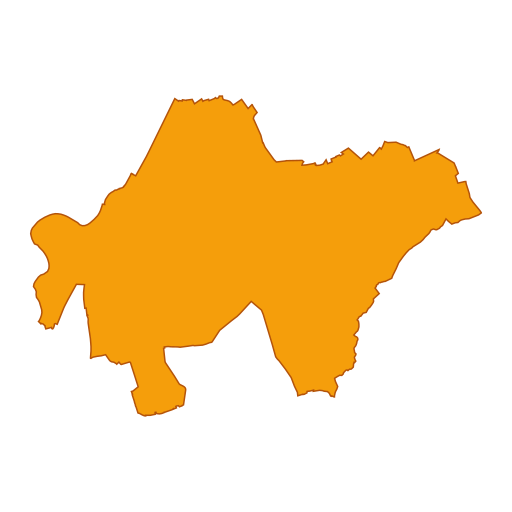 Echt-Susteren, Limburg, Netherlands
{"feature_id": "6326949B70373820713642", "entity_name": "Echt-Susteren", "entity_type": "district", "adm_level": 2, "iso_a3": "NLD", "parent_name": "Netherlands", "parent_adm1": "Limburg", "projection": "albers", "projection_center": [5.901, 51.082], "detail": "fine", "context": "isolated", "style": "filled", "palette": "amber", "viewbox_px": 512, "rotation_deg": 0, "n_neighbors": 0, "source": "geoboundaries", "source_scale": "gbopen_adm2", "svg_char_len": 5963}
<svg xmlns="http://www.w3.org/2000/svg" viewBox="0 0 512 512"><path d="M102.4,204.2L102.1,205.6L100.4,210.7L99.2,213.2L97.7,215.6L94.0,219.5L90.0,223.0L87.6,224.6L84.9,225.6L82.2,225.7L79.7,224.7L77.7,222.7L68.4,217.2L66.0,216.0L63.4,215.0L60.9,214.2L58.1,213.8L55.3,213.7L52.5,214.2L49.8,215.0L44.7,217.3L40.0,220.1L37.5,222.1L32.4,228.1L31.3,230.4L30.7,233.7L31.2,236.0L32.0,238.9L33.2,241.5L34.5,243.9L37.7,245.1L39.2,247.2L43.1,251.2L44.6,253.3L46.1,255.7L47.3,258.1L48.2,260.7L48.9,263.4L49.1,265.9L48.9,268.4L47.6,271.4L43.8,274.1L40.7,275.1L38.4,277.1L35.2,281.5L34.0,283.8L33.5,286.6L35.4,289.3L36.3,291.7L36.1,294.6L36.5,297.4L38.1,299.6L39.4,301.9L41.7,309.8L41.9,312.6L41.4,315.4L40.4,318.2L39.2,320.7L38.5,321.5L40.9,323.9L41.1,323.6L40.9,323.3L43.1,324.0L45.2,326.0L45.0,326.5L45.8,328.9L51.4,327.4L51.8,328.6L52.7,328.9L53.5,327.8L54.2,325.9L54.4,324.1L54.7,323.8L55.5,323.6L57.2,324.3L63.8,307.8L65.0,305.3L68.0,299.5L76.4,284.3L84.5,284.6L84.0,288.3L83.6,292.3L83.6,295.0L83.7,299.1L84.8,308.3L86.1,308.1L86.9,314.8L87.6,314.8L87.7,315.2L87.2,315.2L87.3,315.5L87.0,315.6L88.0,318.0L88.2,319.1L88.1,321.8L88.2,323.4L90.4,338.6L90.8,343.6L91.0,346.6L91.0,351.1L90.5,357.6L90.6,358.9L90.8,358.4L92.7,357.3L93.3,357.1L97.2,356.3L101.2,355.8L105.6,354.7L109.2,359.9L110.3,361.1L111.6,361.8L113.9,362.2L116.3,363.7L116.8,364.2L117.5,363.3L118.0,363.1L118.9,362.1L120.7,364.2L121.2,364.5L129.2,362.1L129.9,362.1L130.3,362.4L130.5,362.7L133.1,370.8L138.2,386.8L133.0,391.0L131.4,391.5L131.8,392.5L132.4,393.8L132.1,393.8L132.4,395.4L134.3,401.2L134.6,402.7L135.3,404.6L135.5,405.9L136.1,407.1L138.0,413.0L139.7,413.5L142.0,414.8L144.3,415.8L145.6,415.9L145.5,415.3L150.3,415.3L155.2,414.3L155.1,412.4L155.5,412.3L156.0,412.3L156.3,413.4L156.6,413.6L159.4,413.9L161.7,413.5L164.1,412.6L164.2,412.2L164.9,412.2L172.1,409.7L173.5,409.1L173.2,408.8L173.4,408.6L173.7,409.0L176.4,407.9L175.8,406.4L176.6,406.0L178.5,405.7L179.4,406.8L182.1,405.8L182.1,405.5L182.3,405.4L182.5,405.3L183.5,404.9L185.7,389.9L185.6,389.1L185.5,388.5L185.0,387.6L184.3,386.9L183.1,386.1L179.7,384.4L179.1,383.8L174.5,376.3L165.4,362.6L165.0,361.4L163.6,348.3L164.7,347.9L164.4,346.9L168.0,346.5L171.2,346.8L177.5,346.9L180.2,347.2L187.9,346.2L193.0,345.4L194.5,345.7L202.6,345.1L206.0,344.1L209.5,342.7L211.6,342.3L212.1,341.9L219.7,330.3L231.6,320.6L237.1,316.4L239.7,313.9L251.2,301.4L261.5,310.1L263.3,314.6L272.2,344.3L275.7,356.8L277.3,359.0L279.0,360.7L285.4,369.1L291.2,377.6L294.5,386.3L297.4,392.3L297.8,395.8L302.8,394.2L302.9,394.5L304.2,394.3L306.9,392.9L307.1,391.4L309.8,391.1L313.5,390.1L313.3,391.3L319.6,390.3L322.4,390.6L324.1,391.2L327.5,391.6L329.4,393.4L330.6,396.0L331.6,396.3L331.8,395.9L334.2,397.0L334.5,396.9L334.4,396.1L335.1,392.8L335.7,391.2L336.7,389.4L337.7,386.5L335.4,381.4L334.6,378.3L336.9,376.8L339.6,375.3L341.8,375.4L343.3,373.9L343.5,372.8L345.8,370.3L347.0,369.9L347.9,370.6L349.5,369.2L350.8,369.2L351.5,368.9L353.3,367.1L353.6,363.7L354.1,362.3L354.6,362.6L355.8,361.1L355.1,359.9L354.4,357.7L354.6,356.6L355.5,355.6L356.0,354.0L354.8,352.7L354.5,352.1L354.5,351.4L354.0,349.0L354.0,348.3L354.4,347.4L355.5,346.1L356.2,344.7L356.7,343.1L357.0,341.3L357.7,340.0L357.9,339.1L357.5,337.8L356.6,336.9L355.4,336.4L353.8,335.0L356.4,331.9L357.5,331.0L358.0,330.0L358.7,327.7L358.9,326.8L358.9,324.1L358.7,322.6L358.4,321.1L357.3,320.2L357.2,319.7L357.8,319.0L359.1,316.9L360.5,316.1L360.8,316.2L363.2,313.1L366.2,312.4L368.4,308.3L368.7,308.0L369.5,307.7L371.5,305.1L373.1,302.6L373.6,301.3L373.4,298.9L379.2,293.6L375.1,288.1L375.4,287.9L375.8,286.9L376.0,286.8L376.3,286.4L376.3,285.5L376.5,285.2L376.9,284.7L377.7,284.5L378.5,283.0L379.2,282.6L380.2,282.7L381.6,282.1L382.5,282.0L383.9,281.5L385.2,281.4L391.7,278.3L392.7,275.6L396.2,268.6L398.7,262.7L403.4,256.2L406.1,252.9L409.1,249.7L411.8,248.0L412.9,246.8L420.4,242.1L423.1,239.6L425.0,237.2L428.7,233.7L429.7,232.4L431.0,230.0L432.3,229.4L433.6,229.0L435.6,229.7L436.8,229.7L439.5,228.2L440.6,226.8L442.5,225.5L446.0,218.9L448.4,221.3L451.8,224.1L455.2,222.8L457.9,222.5L459.9,220.7L461.5,219.9L465.1,219.0L469.0,218.7L478.6,214.9L481.2,213.0L481.3,212.9L481.2,212.5L479.9,210.6L472.8,201.9L470.0,197.6L469.8,196.7L469.3,193.6L466.2,183.9L465.8,181.5L464.5,181.6L457.9,183.1L455.4,175.8L458.3,173.4L456.0,167.5L455.9,167.0L455.7,166.9L454.1,163.0L437.6,152.9L437.0,152.9L438.6,150.7L439.0,149.9L439.1,149.5L414.5,160.8L414.5,160.5L408.8,146.9L407.4,147.5L405.4,145.6L405.2,145.7L402.8,144.6L401.0,144.3L396.1,142.2L387.8,142.6L384.7,141.5L383.0,145.8L381.3,149.1L379.9,147.7L379.6,147.6L373.0,155.8L368.5,152.1L361.1,159.2L348.4,148.1L341.3,152.5L343.4,154.0L340.4,155.9L339.4,155.0L335.9,156.5L336.1,157.0L331.1,159.0L331.3,160.0L332.1,161.8L327.7,163.7L326.1,159.8L323.4,163.7L323.3,164.0L319.8,165.2L316.3,165.5L315.9,165.4L315.2,164.8L315.8,164.3L315.0,162.9L313.4,163.6L306.2,164.9L302.0,165.2L302.4,163.6L303.0,162.6L303.7,161.8L302.1,160.4L286.1,160.7L285.8,160.9L276.4,162.0L274.1,159.8L265.5,147.9L264.8,146.7L263.1,142.7L262.7,142.8L260.8,135.2L253.6,119.1L253.3,118.9L253.9,116.5L254.6,115.4L257.1,112.5L253.2,106.7L252.2,104.8L252.4,104.2L248.1,108.5L245.6,105.0L241.6,99.4L234.6,104.2L233.0,105.0L231.1,102.8L229.9,101.7L229.3,101.3L227.5,100.6L224.3,99.9L223.3,99.4L222.9,98.8L222.6,98.0L222.4,96.1L219.3,96.1L218.7,97.3L218.2,98.0L216.9,98.5L216.1,98.2L215.4,97.6L214.5,98.5L209.1,100.7L208.6,99.3L204.0,100.6L202.9,101.3L201.6,98.9L194.5,103.8L192.2,99.4L186.5,100.1L186.4,100.4L182.4,99.8L182.2,101.0L179.1,100.5L178.6,101.2L174.8,98.6L148.9,151.5L146.4,156.5L135.7,175.8L132.7,174.3L132.8,174.1L131.4,173.4L130.9,174.0L130.4,175.5L125.7,184.1L124.5,185.7L124.4,185.6L123.7,186.4L123.9,186.5L123.3,187.3L121.9,187.9L119.4,188.5L119.5,188.8L117.7,189.4L116.5,190.1L115.1,190.1L114.7,190.3L113.3,191.4L111.4,192.4L110.2,193.3L109.1,194.2L107.7,196.1L105.5,199.5L104.2,203.9L104.7,204.2L104.7,204.5L102.4,204.2Z" fill="#f59e0b" stroke="#b45309" stroke-width="1.5"/></svg>